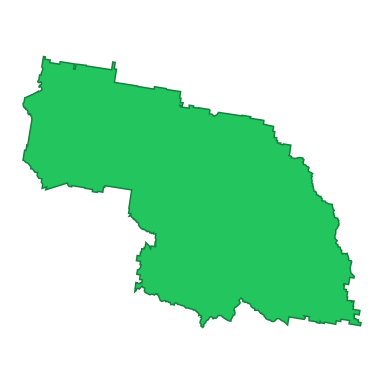 Wagga Wagga, New South Wales, Australia
{"feature_id": "25037944B76630671058420", "entity_name": "Wagga Wagga", "entity_type": "district", "adm_level": 2, "iso_a3": "AUS", "parent_name": "Australia", "parent_adm1": "New South Wales", "projection": "mercator", "projection_center": [147.38, -35.186], "detail": "fine", "context": "isolated", "style": "filled", "palette": "green", "viewbox_px": 384, "rotation_deg": 0, "n_neighbors": 0, "source": "geoboundaries", "source_scale": "gbopen_adm2", "svg_char_len": 5987}
<svg xmlns="http://www.w3.org/2000/svg" viewBox="0 0 384 384"><path d="M43.5,56.5L41.8,67.1L42.9,68.7L42.8,69.5L41.0,74.1L40.9,75.3L39.6,75.0L38.9,79.6L37.8,81.5L38.0,82.2L38.7,82.6L39.8,82.6L40.4,81.9L41.5,82.6L41.4,84.4L39.8,85.2L38.9,86.9L39.3,87.2L40.4,86.4L40.9,86.8L42.1,88.8L41.5,89.8L41.7,90.3L38.9,91.7L38.6,91.1L33.3,94.1L24.7,97.9L24.2,101.7L23.1,103.5L23.3,106.1L24.2,107.5L24.9,107.7L24.9,108.2L25.7,108.5L25.7,109.3L27.4,110.2L28.0,111.9L27.9,113.2L28.3,114.2L28.9,114.6L29.5,113.7L30.5,114.1L30.5,115.2L31.6,116.7L31.9,119.7L27.6,145.9L26.8,145.2L26.0,150.4L24.6,150.2L23.0,160.3L24.1,160.5L25.9,162.5L27.7,162.9L31.0,167.0L30.7,168.8L32.8,169.1L34.7,172.1L37.6,172.6L37.1,175.6L38.8,178.2L41.9,178.8L41.3,182.1L42.7,184.3L42.1,188.4L46.7,186.9L45.7,189.8L67.4,183.0L68.0,185.2L69.0,186.4L71.7,186.8L71.8,185.6L85.1,187.7L85.0,188.3L92.6,189.5L92.3,191.6L97.4,192.4L97.9,191.4L102.8,192.2L103.5,187.2L104.7,187.4L105.0,185.7L131.7,189.9L128.9,208.2L129.4,208.3L128.6,213.4L130.9,213.8L129.2,216.2L131.2,215.9L132.0,217.5L132.8,217.8L133.2,218.8L133.5,218.4L134.1,218.7L134.5,219.8L136.0,220.7L136.3,221.9L138.0,222.7L138.7,223.8L138.6,224.9L139.1,225.4L139.1,226.0L139.7,226.1L140.0,227.2L141.2,228.4L141.9,228.6L142.2,229.3L143.0,229.0L143.9,229.6L144.4,229.4L147.2,231.7L147.9,231.2L149.0,231.4L149.7,232.8L150.6,232.3L151.3,232.7L151.4,233.4L152.9,233.5L153.6,232.7L153.8,234.0L155.8,234.0L155.3,238.1L156.2,239.3L155.8,240.3L155.9,241.3L155.0,242.1L155.7,242.7L154.9,243.9L155.0,245.4L155.7,245.5L155.5,246.6L151.0,246.0L150.6,248.7L148.9,245.6L145.9,242.5L145.0,247.7L144.2,247.6L144.0,249.1L141.8,248.7L141.2,252.4L140.5,252.3L140.0,255.9L137.2,255.5L136.4,260.7L140.5,261.3L140.0,264.6L141.1,264.7L140.7,267.3L138.8,269.6L137.5,269.9L136.8,274.3L140.4,274.9L139.6,279.5L142.3,279.9L141.8,283.0L140.4,282.7L140.2,283.6L137.1,283.2L137.2,282.7L135.9,282.5L134.8,291.8L135.9,290.8L136.6,289.0L138.2,288.3L139.2,289.1L142.1,286.0L143.0,287.4L144.8,288.3L144.3,290.9L145.2,292.4L149.8,294.8L151.6,294.1L153.3,294.3L154.3,295.1L156.1,293.6L156.6,294.3L157.6,294.0L157.5,294.8L158.5,295.6L160.2,300.3L161.6,301.4L165.1,300.5L166.0,301.8L166.7,301.3L168.2,301.7L168.6,302.4L170.0,302.4L171.0,304.7L173.3,304.4L174.1,305.1L175.0,303.1L176.7,303.0L177.5,304.3L179.9,304.6L181.2,305.4L184.1,306.0L185.7,308.0L188.2,307.9L189.6,308.7L191.6,308.9L193.7,310.1L194.5,309.6L199.0,313.9L198.7,315.7L200.5,315.3L201.7,316.1L200.6,317.4L201.5,317.9L201.6,318.6L200.6,320.0L200.0,322.9L201.3,324.5L200.8,325.9L202.7,327.5L203.9,326.0L203.8,324.3L205.6,322.7L206.3,320.7L208.4,319.6L209.4,317.5L210.7,316.7L212.2,317.1L213.1,318.8L214.0,317.9L214.8,318.3L216.4,318.1L218.2,315.4L221.7,315.7L222.1,316.7L224.9,318.7L228.9,320.9L231.0,321.0L231.1,319.3L232.3,317.5L233.1,315.4L234.6,314.8L235.0,312.5L234.6,310.7L234.0,310.4L234.0,309.5L234.5,307.7L236.3,306.9L239.8,303.5L240.2,302.4L238.8,300.5L240.9,298.1L241.2,298.7L242.5,299.0L242.6,299.9L243.0,300.3L242.8,301.3L244.1,302.0L245.0,301.6L245.1,302.2L247.1,302.4L248.0,303.5L248.8,303.2L250.1,304.1L250.9,305.2L251.1,306.6L252.5,307.8L254.6,308.3L254.8,310.3L258.3,310.2L260.5,313.3L261.7,313.1L262.1,314.3L263.9,315.0L264.2,316.5L265.2,317.2L266.1,318.8L268.7,320.0L270.0,320.1L270.9,320.5L271.2,321.2L272.9,321.6L274.5,321.2L276.8,318.7L278.5,318.6L280.1,319.2L281.6,320.6L283.8,321.4L287.6,325.0L288.9,316.9L304.3,319.4L305.3,317.9L305.1,317.1L303.9,315.8L309.4,316.6L309.0,317.5L309.1,320.7L316.5,321.7L316.4,322.5L319.3,323.2L320.0,323.1L320.2,321.6L320.8,322.8L324.4,323.4L324.6,322.4L326.0,322.4L335.7,324.3L336.3,320.8L340.7,321.5L341.0,319.2L349.6,320.5L349.1,323.8L360.5,325.7L361.0,322.6L358.2,322.1L358.5,320.0L356.2,319.6L355.8,318.7L354.0,318.4L354.4,315.8L353.8,315.7L354.1,314.0L359.2,314.9L359.9,310.5L353.1,309.4L353.6,306.4L353.1,306.4L354.0,301.0L353.3,300.9L351.7,302.0L351.5,301.9L351.6,300.7L347.0,300.4L347.6,297.0L346.8,296.9L347.6,291.7L346.0,291.4L346.3,289.5L343.8,289.1L344.4,285.4L343.5,285.2L343.8,283.7L348.6,284.5L349.8,277.4L354.0,278.0L354.2,276.3L351.0,273.1L350.0,268.3L351.7,261.6L351.2,260.8L348.9,260.5L348.6,259.9L348.4,259.4L348.8,258.7L347.1,253.3L346.1,253.8L343.8,253.4L342.3,254.0L341.5,252.2L341.7,250.4L340.5,249.6L340.4,248.1L339.8,247.0L338.3,247.0L338.3,246.4L337.6,245.5L337.9,244.8L335.8,243.4L335.7,242.7L337.2,240.7L335.1,238.7L334.9,235.8L335.7,233.8L335.8,229.8L337.6,227.8L337.8,226.5L338.8,225.5L338.5,224.8L339.0,224.2L338.8,222.5L338.4,221.7L338.8,220.5L338.1,220.0L337.7,218.2L337.0,218.3L334.6,217.2L334.3,215.6L333.7,214.7L334.0,213.9L333.2,212.5L334.2,210.4L333.2,209.2L332.3,206.1L332.4,204.5L328.5,203.8L325.6,202.3L325.1,201.2L321.8,200.7L322.1,198.8L321.9,198.2L321.2,197.8L321.0,196.5L319.0,196.4L318.5,195.4L316.4,194.6L316.6,193.3L315.7,191.5L314.1,191.2L312.9,185.9L312.5,185.8L312.8,185.4L312.7,183.6L311.7,182.8L312.1,181.1L311.9,179.2L311.3,177.9L312.2,176.6L311.4,175.7L312.7,173.6L308.9,171.5L308.1,170.0L309.0,167.8L308.6,167.0L306.4,166.2L306.1,165.4L305.0,164.7L303.6,164.5L303.2,162.5L302.7,162.2L303.5,161.6L303.9,159.5L302.7,158.8L302.8,158.0L298.9,157.5L295.4,158.5L291.3,157.8L291.6,156.9L290.7,155.9L289.4,156.0L289.0,155.6L289.8,153.1L290.8,145.1L283.5,144.0L283.4,144.8L280.4,144.3L280.7,143.1L277.3,142.8L277.6,140.6L276.3,140.4L276.7,137.9L274.1,137.4L274.8,131.6L272.9,131.3L273.6,126.4L263.5,124.3L263.9,120.4L250.0,118.2L250.7,116.7L242.0,115.3L241.9,115.9L218.5,112.4L216.9,114.8L214.3,116.3L213.0,115.4L212.3,114.3L209.4,113.9L210.0,110.5L209.3,109.5L198.5,107.8L198.5,108.2L193.4,107.4L193.6,105.9L189.2,105.2L189.2,108.2L180.8,107.0L179.7,105.5L182.3,105.8L183.1,102.8L180.4,102.5L181.0,98.3L179.6,98.0L180.6,91.6L167.0,89.6L166.3,88.6L154.5,86.7L154.1,89.1L137.4,86.4L137.5,86.0L114.4,82.4L116.5,69.2L114.3,68.8L115.2,62.4L112.8,62.0L111.6,69.8L86.1,65.9L86.2,65.3L76.0,64.1L75.2,69.2L73.6,69.0L74.4,63.9L60.2,61.7L59.7,64.2L49.7,62.6L50.2,60.0L44.9,59.2L45.3,56.8L43.5,56.5Z" fill="#22c55e" stroke="#15803d" stroke-width="1.5"/></svg>